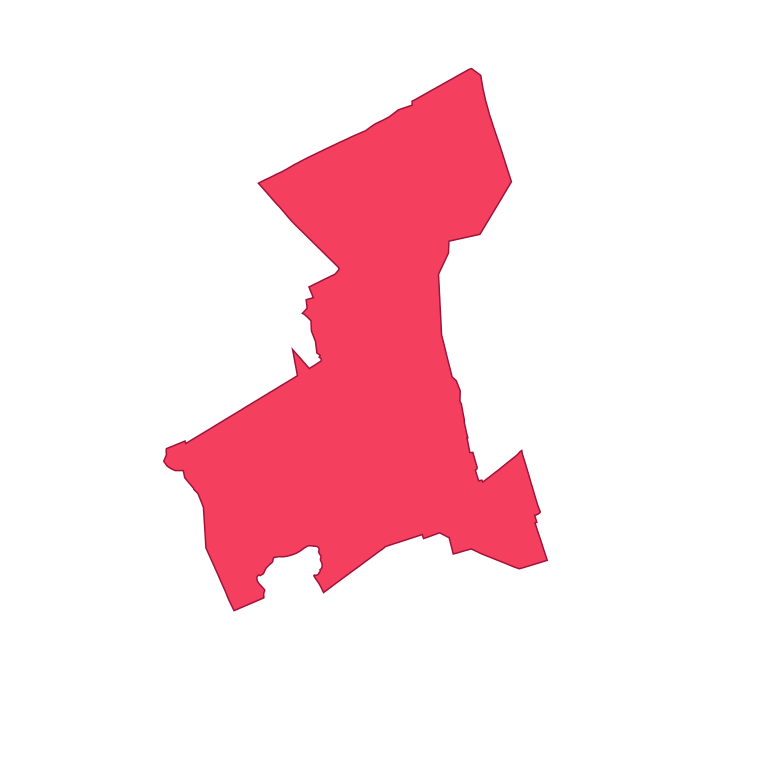 Temamatla, México, Mexico, rotated 147°
{"feature_id": "50627088B72958492405595", "entity_name": "Temamatla", "entity_type": "district", "adm_level": 2, "iso_a3": "MEX", "parent_name": "Mexico", "parent_adm1": "México", "projection": "mercator", "projection_center": [-98.878, 19.192], "detail": "fine", "context": "isolated", "style": "filled", "palette": "rose", "viewbox_px": 768, "rotation_deg": 147, "n_neighbors": 0, "source": "geoboundaries", "source_scale": "gbopen_adm2", "svg_char_len": 5331}
<svg xmlns="http://www.w3.org/2000/svg" viewBox="0 0 768 768"><g transform="rotate(147 384 384)"><path d="M401.0,198.3L400.7,198.1L399.7,196.6L397.4,192.9L395.0,188.9L394.7,188.5L390.4,182.3L389.7,181.4L387.1,177.7L384.6,174.1L381.9,170.3L376.3,162.3L375.6,161.2L375.4,160.9L374.0,159.0L373.8,158.7L372.6,157.2L371.1,155.3L365.5,153.6L359.9,152.0L354.3,150.4L348.7,148.8L343.1,147.2L342.7,148.9L342.3,150.1L342.0,151.5L341.5,153.2L340.8,156.0L340.2,158.4L339.7,160.0L339.1,162.4L338.8,163.5L338.3,165.2L337.9,166.9L337.3,168.9L337.0,170.3L336.4,172.5L335.7,175.2L335.3,176.8L334.9,178.3L333.7,182.7L333.0,185.3L331.2,184.7L329.2,191.7L327.0,191.2L325.5,191.0L324.6,191.0L324.0,191.0L323.5,191.1L323.0,191.4L322.6,191.6L321.0,199.1L320.9,199.4L318.9,206.2L318.4,207.9L317.6,210.6L316.1,215.6L314.2,222.2L312.2,228.7L310.3,235.1L308.4,241.6L306.0,250.2L304.7,253.2L306.5,253.2L310.3,252.1L315.9,251.5L324.3,250.7L332.7,249.8L334.7,249.6L343.0,248.9L348.9,248.4L354.5,248.0L354.3,250.1L357.3,251.2L354.4,261.9L352.8,262.0L351.4,263.0L349.1,270.6L346.7,278.2L349.4,279.8L348.6,281.6L347.0,285.5L344.2,292.5L344.1,292.8L343.9,293.6L343.0,293.2L341.4,298.2L338.5,305.6L338.0,307.2L335.9,310.8L333.0,318.0L330.0,325.1L329.7,328.2L323.8,336.8L321.7,347.0L321.6,347.4L323.0,352.9L320.8,359.3L318.6,365.8L316.4,372.3L313.9,379.4L311.4,386.6L309.0,393.8L305.9,399.1L302.9,404.3L299.8,409.6L296.8,414.8L293.8,420.1L290.7,425.3L287.7,430.6L284.6,435.8L281.6,441.1L278.5,446.3L273.6,449.4L268.6,452.5L263.6,455.6L258.6,458.7L254.5,464.5L251.8,468.4L242.9,465.1L222.0,457.3L194.5,470.7L167.0,484.2L162.9,499.2L158.8,514.2L155.6,526.4L152.5,538.7L150.6,545.7L148.7,552.8L146.5,559.6L144.4,566.4L142.3,572.0L140.2,577.6L137.5,583.9L134.8,590.2L138.8,600.9L141.5,601.6L145.6,601.8L151.9,602.3L157.5,602.6L163.6,603.0L169.4,603.4L176.0,603.8L185.9,604.5L188.4,604.6L194.5,605.0L204.1,605.6L206.5,605.9L208.4,602.5L215.5,604.3L222.7,606.1L234.1,605.2L242.2,605.9L243.8,606.2L249.3,606.9L254.9,606.9L259.9,606.5L261.3,606.4L271.5,608.2L277.5,609.1L283.5,609.9L289.5,610.8L293.3,611.3L299.3,612.1L305.2,612.9L311.6,613.7L317.9,614.5L324.2,615.3L332.9,616.2L335.3,616.3L340.0,616.9L342.0,616.9L349.7,617.3L353.5,617.6L356.7,618.0L359.5,618.5L364.0,618.9L368.4,619.4L372.1,620.0L380.0,620.8L379.0,614.1L378.0,607.5L377.1,600.8L376.1,594.1L375.3,589.7L374.4,583.4L373.6,577.0L372.7,570.6L371.5,564.7L370.2,558.9L368.9,553.0L367.6,547.1L366.3,541.2L365.0,535.3L363.7,529.4L362.4,523.5L361.1,517.6L359.8,511.7L358.5,505.8L359.9,504.4L365.1,502.8L370.9,503.5L378.1,504.4L385.3,505.2L394.1,506.3L396.3,494.9L403.4,497.1L407.2,489.4L414.0,487.7L412.9,485.8L411.9,482.1L410.8,476.8L416.0,468.0L418.3,457.0L422.3,448.8L423.4,446.6L421.9,442.8L423.8,441.8L422.8,439.5L424.3,437.5L432.1,437.6L438.2,437.7L439.1,443.9L440.0,450.2L441.0,456.5L441.9,462.7L444.4,456.6L447.0,450.4L449.5,444.3L452.1,438.1L463.3,438.4L466.8,438.5L470.4,438.7L476.7,438.8L483.8,439.1L491.8,439.3L502.3,439.6L508.1,439.8L513.9,440.0L519.7,440.1L525.5,440.3L531.3,440.5L537.1,440.7L547.7,441.0L552.8,441.1L558.8,441.3L564.8,441.5L570.7,441.7L576.7,441.9L582.7,442.1L581.9,444.5L601.7,448.3L603.6,445.8L604.9,443.2L610.8,439.2L610.6,433.4L608.9,429.3L606.3,425.1L599.5,420.7L602.2,413.8L600.5,400.1L600.9,399.1L599.7,393.5L601.1,386.2L602.6,379.0L606.0,372.9L609.4,366.9L609.6,366.6L614.6,357.6L615.1,356.7L618.9,350.1L622.6,343.6L623.5,337.8L624.4,331.9L625.3,326.1L626.2,320.3L627.1,314.5L628.1,308.7L629.0,302.9L629.9,297.0L631.8,287.4L631.9,285.8L632.1,284.7L633.2,275.6L630.1,275.0L627.4,274.6L624.8,274.1L623.3,273.9L614.2,272.3L613.1,272.1L607.1,271.1L601.2,270.1L600.1,272.0L599.7,272.6L599.3,273.3L598.2,274.6L596.6,275.6L596.4,276.1L596.2,276.6L597.5,284.4L597.6,287.8L596.1,291.0L594.6,291.7L594.2,292.1L593.0,292.0L592.2,290.7L588.7,290.6L587.6,291.1L586.0,292.1L584.0,293.3L582.9,293.9L580.3,294.5L574.2,295.5L573.5,296.3L572.8,297.2L571.0,298.5L566.8,296.7L566.4,296.5L562.8,294.1L562.2,293.8L561.3,293.4L559.8,292.6L557.5,291.8L556.3,291.5L553.4,290.6L549.7,289.8L548.4,289.8L546.1,289.6L544.3,289.6L542.5,289.7L541.4,289.9L540.5,289.9L536.3,289.7L534.7,289.0L532.9,287.8L530.7,285.7L529.0,284.7L528.4,283.5L528.1,282.0L528.5,280.4L529.6,279.6L530.3,278.9L530.7,275.8L530.6,275.4L530.4,274.7L531.0,273.4L531.4,272.9L531.5,272.7L532.6,271.9L532.8,271.5L533.2,270.9L533.4,269.7L533.5,268.7L533.8,267.4L534.3,266.2L535.0,265.0L537.1,263.2L538.9,263.1L539.1,262.3L539.3,262.0L539.6,261.8L540.0,261.4L540.3,261.4L540.9,261.3L541.5,260.8L541.8,260.7L542.4,260.4L543.0,260.2L543.9,260.2L544.7,260.4L545.5,260.8L546.1,261.5L546.4,261.5L546.8,261.7L547.1,261.5L547.3,261.3L547.3,260.7L547.3,260.1L547.4,258.4L547.2,253.5L547.4,248.8L548.3,242.0L537.3,242.7L534.8,242.9L533.3,243.0L532.3,243.1L527.7,243.3L524.0,243.6L521.6,243.7L518.2,243.9L515.4,244.1L512.1,244.3L507.7,244.5L504.0,244.7L499.8,245.0L495.1,245.3L493.0,245.4L491.3,245.5L488.7,245.7L486.3,245.8L484.0,245.9L481.8,246.1L480.1,246.2L479.4,246.2L477.9,246.3L476.0,246.3L471.0,246.8L463.8,244.9L457.2,243.1L450.5,241.3L448.3,240.7L443.7,239.5L440.8,238.7L438.1,238.0L433.9,236.9L434.5,234.8L435.0,232.8L430.6,231.7L426.2,230.7L423.0,230.0L418.4,228.9L416.4,225.4L414.6,222.1L413.1,219.6L415.8,211.6L418.5,203.7L414.2,202.3L407.8,200.4L402.1,198.6L401.0,198.3Z" fill="#f43f5e" stroke="#9f1239" stroke-width="1.5"/></g></svg>